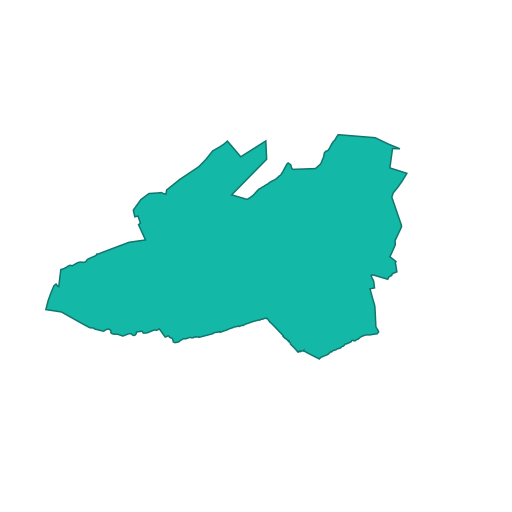 outline of Santa Catarina, Nuevo León, Mexico, rotated 129°
{"feature_id": "50627088B93737583284757", "entity_name": "Santa Catarina", "entity_type": "district", "adm_level": 2, "iso_a3": "MEX", "parent_name": "Mexico", "parent_adm1": "Nuevo León", "projection": "natural_earth1", "projection_center": [-100.468, 25.582], "detail": "fine", "context": "isolated", "style": "filled", "palette": "teal", "viewbox_px": 512, "rotation_deg": 129, "n_neighbors": 0, "source": "geoboundaries", "source_scale": "gbopen_adm2", "svg_char_len": 5901}
<svg xmlns="http://www.w3.org/2000/svg" viewBox="0 0 512 512"><g transform="rotate(129 256 256)"><path d="M174.1,308.6L160.4,320.8L188.5,330.3L187.3,336.5L184.7,350.5L189.1,351.3L193.9,352.8L201.6,355.8L212.8,355.7L222.9,356.7L244.7,363.5L261.0,367.0L264.6,364.9L265.5,366.6L266.4,369.6L269.0,372.2L274.8,378.5L284.7,381.0L297.6,380.2L301.8,374.8L299.2,372.9L303.2,366.5L305.6,367.0L313.1,352.0L325.1,363.2L338.7,371.2L354.6,380.4L354.4,380.6L354.7,381.0L356.3,380.6L363.0,384.1L364.8,384.9L366.8,384.7L367.9,384.9L369.1,385.6L371.4,388.9L372.8,389.9L373.9,390.6L379.3,392.7L380.1,394.6L382.2,395.7L384.3,396.3L387.4,397.7L389.3,399.2L404.0,390.0L404.1,390.3L404.2,390.6L404.3,391.0L404.3,391.3L404.2,391.7L403.9,392.4L403.8,392.8L403.6,393.3L403.6,393.8L406.4,394.3L414.8,391.8L421.6,389.4L429.9,385.6L422.0,372.1L417.9,348.2L416.5,340.8L416.3,340.2L415.9,339.2L414.7,337.9L414.1,336.0L414.3,335.6L413.8,334.4L413.3,333.4L410.7,327.7L410.5,327.4L409.9,326.9L407.4,326.1L406.0,325.1L405.3,324.0L405.3,322.9L405.6,321.4L406.1,321.0L407.0,320.5L407.0,319.1L406.2,317.3L404.5,315.1L403.7,314.0L403.3,312.7L402.0,309.1L396.8,306.1L396.0,305.5L395.1,304.2L395.0,301.6L394.5,300.8L393.6,300.2L391.8,300.2L390.4,301.0L389.0,299.9L386.7,297.7L386.3,297.2L386.3,296.4L386.8,295.2L386.7,294.8L384.2,292.2L380.2,290.0L377.4,288.4L376.4,286.6L374.9,285.7L374.0,285.7L373.5,285.4L373.5,285.2L375.9,276.6L376.0,276.0L376.1,275.5L373.5,274.1L373.1,273.8L373.1,273.5L373.5,272.2L373.5,271.5L373.4,271.1L372.9,269.8L372.8,268.8L373.9,267.2L374.8,266.3L374.4,264.5L373.8,264.0L373.2,263.4L372.0,262.5L371.2,261.9L370.0,261.8L368.0,261.1L365.7,260.2L364.9,258.7L361.2,256.4L360.6,255.7L360.3,255.0L359.1,253.4L358.1,252.9L356.7,252.3L356.6,252.1L356.7,251.8L356.8,251.6L356.2,251.0L355.0,250.0L355.0,249.6L355.2,249.2L354.5,248.7L343.5,240.6L343.0,240.7L342.7,240.5L342.4,240.5L341.6,239.9L340.7,239.2L339.3,237.7L339.1,237.6L338.7,237.5L338.2,237.2L337.5,236.4L337.9,235.9L335.5,234.4L331.3,231.8L329.0,230.7L326.1,228.8L325.1,228.4L324.5,227.9L323.5,226.9L321.6,225.7L321.4,225.4L321.5,224.9L321.4,224.7L318.5,223.2L318.3,222.7L318.3,222.4L317.1,221.9L316.5,221.7L316.0,221.5L315.1,221.0L311.2,218.5L310.0,217.8L309.0,217.2L308.2,216.6L306.9,215.7L303.9,213.5L303.8,213.1L303.3,212.6L303.2,212.6L302.6,212.5L302.5,212.4L302.4,212.4L301.8,212.2L301.6,212.0L301.4,211.7L301.3,211.3L301.2,211.2L299.1,210.1L298.8,209.8L298.2,209.4L298.2,208.9L298.2,208.7L297.9,208.3L297.4,207.9L298.3,205.0L298.6,203.9L298.7,201.2L299.6,193.4L300.1,190.2L300.2,189.3L300.4,187.5L300.7,185.4L300.7,184.8L301.3,184.7L301.7,182.2L301.7,181.9L301.6,181.3L301.5,181.0L301.5,180.0L301.4,180.0L301.8,177.3L301.6,177.4L301.4,177.5L301.1,177.5L301.0,177.4L301.4,176.8L301.8,176.2L301.9,174.9L302.4,174.1L302.7,173.8L302.9,173.4L302.8,172.8L303.0,172.1L303.3,168.5L303.5,167.2L303.6,166.6L303.7,166.1L303.9,165.2L304.3,162.8L303.9,162.6L303.7,162.6L303.7,162.9L303.4,162.9L303.3,162.7L303.2,162.2L302.8,162.0L302.6,162.1L302.4,162.1L302.2,162.1L302.3,161.4L302.3,161.2L301.8,161.0L301.3,160.8L300.8,160.4L300.6,160.3L300.3,160.1L299.9,159.9L300.0,159.6L299.9,159.6L299.5,159.5L299.3,159.5L299.7,159.2L299.6,158.8L298.8,154.5L296.2,142.0L295.2,141.9L293.8,141.7L293.2,141.5L292.7,141.2L292.4,140.9L291.8,140.6L291.3,140.5L289.7,139.5L287.7,138.4L287.1,138.2L286.3,137.9L285.7,138.0L285.3,138.0L285.0,137.9L284.9,137.9L284.7,137.8L284.3,137.8L283.7,137.9L283.5,137.6L283.3,137.3L283.1,137.0L282.8,136.8L282.4,136.8L281.8,136.8L281.4,136.6L280.7,136.3L279.6,135.5L278.4,134.8L277.6,134.7L276.8,134.2L274.7,132.7L274.1,132.4L273.4,132.4L272.8,132.3L271.9,132.0L270.9,131.3L268.6,131.3L268.2,131.2L267.7,130.7L267.2,130.3L264.2,128.7L262.6,128.1L261.4,128.3L260.4,127.6L260.4,127.0L260.2,126.5L259.6,125.6L257.8,125.2L256.4,124.3L253.3,123.8L250.5,122.4L248.1,120.9L245.7,117.9L240.0,112.8L239.6,112.8L238.5,113.1L237.9,112.9L237.6,113.3L237.4,113.5L237.2,113.9L237.1,114.2L236.1,117.0L235.8,117.8L235.7,118.0L235.4,118.4L235.0,118.8L234.0,119.7L232.0,121.4L231.1,122.3L227.9,125.1L220.7,131.6L220.3,132.1L219.7,132.7L216.6,137.2L216.2,137.8L210.1,146.3L209.8,146.8L206.2,143.8L204.8,145.3L202.0,148.2L201.3,149.1L201.0,149.7L200.6,150.6L200.0,152.1L199.8,152.5L199.3,153.3L198.4,154.3L198.3,154.1L197.8,153.7L197.7,153.6L197.2,153.5L191.2,139.0L190.8,139.3L190.6,139.3L190.3,139.2L190.2,139.2L189.6,139.3L189.4,139.5L188.8,139.6L185.7,138.3L184.7,139.0L184.3,138.8L183.3,138.4L183.0,138.4L182.8,138.3L182.7,138.4L181.8,137.7L181.6,137.5L181.5,137.4L180.9,137.4L180.6,137.2L180.0,136.7L179.7,136.5L174.3,142.5L174.3,142.8L174.2,142.9L174.1,143.0L173.6,143.3L173.2,143.5L172.6,143.7L172.4,143.7L172.2,143.7L172.2,143.8L172.3,151.6L171.9,151.6L170.6,151.9L168.1,152.5L166.7,152.9L164.4,153.5L160.3,154.6L159.7,154.8L159.5,155.0L159.2,155.2L158.2,156.0L157.1,157.1L156.4,157.7L156.1,157.8L155.6,158.0L155.4,158.1L155.3,157.9L141.9,161.2L140.5,162.5L124.8,187.5L120.4,189.1L114.1,189.0L106.3,189.5L99.2,190.4L96.8,190.8L103.3,207.4L86.6,217.5L82.1,211.6L85.7,223.6L89.1,237.9L110.0,268.5L113.0,268.2L114.9,267.9L116.6,267.6L117.0,267.7L117.6,267.8L118.5,268.0L119.2,267.9L119.7,267.7L121.1,267.7L122.7,267.4L125.8,266.7L128.4,266.5L129.4,266.7L130.2,267.5L131.4,267.7L132.6,267.8L133.7,267.3L134.4,266.9L135.9,266.1L137.6,265.4L139.4,265.0L141.3,264.4L142.6,263.9L145.0,263.8L146.0,264.1L148.4,264.4L150.7,264.9L165.5,281.9L165.4,283.0L165.0,283.9L164.5,284.6L164.0,285.3L163.4,286.0L163.3,287.0L163.4,288.1L163.5,289.6L164.8,289.8L165.4,289.8L166.8,289.5L167.9,289.3L169.4,289.0L170.7,288.8L172.4,288.4L174.4,288.1L175.7,288.0L176.6,287.8L178.0,287.8L179.0,288.2L179.7,288.4L181.4,288.5L182.7,288.8L184.4,289.2L186.3,290.0L187.7,290.7L189.6,291.5L190.9,291.8L192.6,292.2L194.7,293.1L196.6,293.6L198.4,294.4L200.5,295.0L202.3,295.9L210.6,296.4L213.5,297.1L217.6,298.5L223.8,313.4L174.1,308.6Z" fill="#14b8a6" stroke="#0f766e" stroke-width="1.5"/></g></svg>